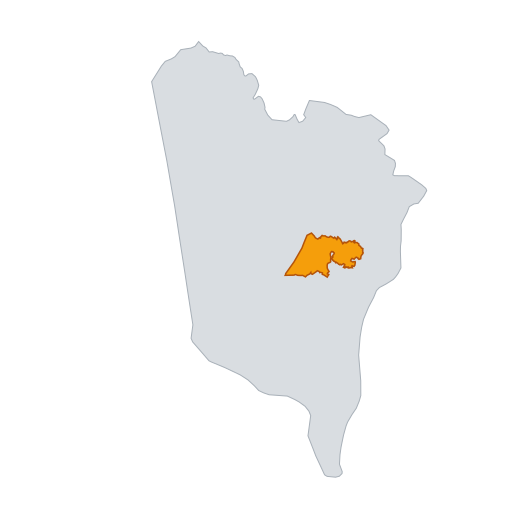 location of Ath-Thawrah, Ar Raqqah, Syria, rotated 113°
{"feature_id": "27442178B46572819209410", "entity_name": "Ath-Thawrah", "entity_type": "district", "adm_level": 2, "iso_a3": "SYR", "parent_name": "Syria", "parent_adm1": "Ar Raqqah", "projection": "natural_earth1", "projection_center": [38.3, 35.804], "detail": "fine", "context": "in_parent", "style": "filled", "palette": "amber", "viewbox_px": 512, "rotation_deg": 113, "n_neighbors": 0, "source": "geoboundaries", "source_scale": "gbopen_adm2", "svg_char_len": 6566}
<svg xmlns="http://www.w3.org/2000/svg" viewBox="0 0 512 512"><g transform="rotate(113 256 256)"><path d="M88.1,182.7L92.1,183.2L100.5,188.3L101.9,188.2L104.6,181.3L107.1,179.0L112.3,177.0L113.9,165.9L116.3,163.8L119.3,162.7L123.8,162.5L127.8,161.8L128.0,159.9L122.6,147.1L123.1,143.9L125.8,131.0L127.5,126.0L129.1,124.4L135.4,125.0L144.1,127.3L146.4,131.0L150.7,134.2L157.1,134.0L164.5,134.6L170.3,134.9L175.0,132.6L185.4,128.3L190.6,126.8L195.3,124.9L210.4,117.9L216.5,118.4L220.6,119.3L223.8,120.4L230.9,125.3L236.8,130.1L240.9,131.6L248.3,131.5L259.0,132.4L272.2,132.3L279.9,131.0L289.7,128.6L307.1,122.8L330.0,110.8L343.5,105.0L349.3,104.3L356.9,104.2L364.5,105.7L373.1,106.8L377.1,106.7L386.4,105.5L398.4,103.1L406.0,101.1L415.1,97.8L420.8,92.4L422.6,91.8L425.0,92.8L426.1,93.2L428.5,96.3L431.0,104.2L431.0,105.1L430.6,107.4L424.7,113.9L416.7,122.8L410.9,128.4L401.2,137.9L393.9,139.9L381.5,143.3L378.2,146.6L375.2,152.0L373.5,159.3L373.0,163.9L372.7,172.4L375.7,181.2L378.6,189.7L379.0,195.4L378.8,200.9L376.1,206.8L373.2,215.0L371.6,224.1L370.9,241.3L371.0,256.0L370.8,258.4L365.7,268.7L359.8,280.8L357.1,283.6L344.0,287.2L329.7,296.1L313.7,306.0L299.2,314.9L283.9,324.4L268.1,334.2L256.7,341.2L241.6,350.5L227.7,359.5L213.7,368.5L203.0,375.4L186.8,386.3L177.3,392.7L163.3,402.1L150.9,410.4L136.3,420.2L118.1,417.3L112.3,415.6L107.6,410.9L104.1,408.4L95.5,405.9L90.0,397.1L86.7,394.0L81.0,392.6L83.5,387.0L84.0,383.3L86.5,378.8L84.9,375.8L84.2,369.5L83.1,368.0L82.7,366.3L83.6,364.3L83.3,362.2L82.3,361.3L81.9,358.2L81.1,355.9L81.5,353.0L82.8,351.2L84.1,347.7L85.7,346.6L88.1,344.4L88.8,342.1L91.0,339.8L93.9,338.0L94.6,336.5L94.2,335.6L91.3,334.0L89.7,331.0L91.1,326.8L92.1,325.4L93.9,323.4L97.8,320.2L100.9,319.7L103.6,319.7L108.1,319.9L111.5,320.5L112.4,319.7L112.3,318.7L108.0,316.1L107.8,314.0L108.9,311.8L112.0,308.4L115.6,305.8L117.5,305.3L121.7,300.2L124.3,294.5L120.1,280.6L117.5,278.3L113.3,276.4L110.8,276.1L110.6,275.2L114.0,271.7L116.4,268.6L113.7,265.7L109.1,264.3L107.3,267.3L101.3,267.6L92.0,267.6L87.9,252.9L87.4,246.5L87.5,239.2L90.5,228.4L89.2,223.4L89.1,220.0L88.4,215.4L81.1,205.5L85.2,187.2L88.1,182.7Z" fill="#d9dde1" stroke="#a8b0b8" stroke-width="1"/><path d="M217.0,217.1L223.7,217.0L224.6,217.0L230.8,216.8L244.1,218.4L246.6,218.7L260.6,221.8L261.1,221.6L261.4,221.5L261.7,221.5L262.1,221.6L262.4,221.6L258.7,213.4L258.0,213.0L257.6,212.4L257.5,210.1L256.4,207.1L255.6,205.5L255.9,202.3L253.8,201.5L251.5,199.5L249.7,199.1L250.6,198.5L250.9,197.1L250.5,196.7L245.9,193.8L245.6,193.8L245.6,191.8L246.3,190.9L245.9,190.7L245.6,188.3L246.2,188.0L247.0,187.8L246.9,186.2L247.6,182.2L247.4,182.2L247.1,182.1L246.8,182.2L246.2,182.0L244.6,181.7L244.5,181.9L244.6,183.0L244.6,183.4L243.5,183.5L242.0,182.7L241.6,182.7L241.4,183.1L240.8,184.0L240.0,185.0L239.1,185.8L237.8,186.4L236.7,186.9L235.1,187.1L234.3,186.7L233.8,186.2L233.5,186.0L233.3,185.6L232.6,185.2L232.1,185.0L230.1,186.0L228.4,186.4L225.1,188.6L223.3,188.5L222.6,188.2L222.4,188.2L222.1,187.9L222.3,187.1L222.0,186.7L222.3,186.4L222.6,185.2L223.3,185.0L224.4,185.2L225.0,185.4L226.4,185.5L226.3,185.2L226.9,184.8L228.3,185.3L228.6,185.5L228.8,185.2L229.0,185.2L229.3,184.6L229.5,183.9L229.8,183.9L230.2,182.9L230.4,182.6L230.2,181.8L230.3,181.5L230.5,181.3L230.6,180.5L231.0,179.9L230.4,179.8L230.6,179.1L230.6,178.4L230.8,178.1L230.8,177.7L231.3,176.7L231.2,176.2L231.4,175.7L230.7,175.2L231.0,174.1L230.2,173.5L230.1,173.3L229.3,172.8L228.9,172.5L229.0,171.8L229.1,171.6L229.1,171.0L230.4,171.0L230.4,170.5L231.1,170.1L231.5,170.3L231.4,170.8L231.6,171.0L232.0,170.9L232.2,171.0L232.3,169.5L231.1,168.9L231.2,168.6L230.7,168.3L230.8,167.5L230.7,167.6L230.1,167.0L230.4,166.7L230.3,166.2L230.5,165.9L230.5,165.6L230.4,165.0L229.7,164.4L229.2,162.7L228.9,163.0L228.2,163.7L227.7,163.8L227.4,163.8L227.4,162.6L227.3,162.1L227.3,161.9L227.2,161.8L227.2,161.7L226.9,161.6L226.5,161.6L226.4,161.6L226.1,161.5L225.9,161.4L225.1,161.6L223.4,162.0L222.7,162.3L222.4,162.6L222.8,163.2L222.8,163.3L222.9,163.6L223.0,163.7L223.0,163.8L223.3,164.0L223.5,164.2L223.6,164.3L223.7,164.5L223.7,165.1L223.5,167.0L222.6,167.1L222.2,167.2L221.9,167.0L221.7,166.9L221.4,166.8L221.1,166.8L220.9,166.8L220.8,166.7L220.7,166.7L220.6,166.4L220.6,166.2L220.6,165.9L220.7,165.7L220.7,165.4L220.6,165.2L220.4,165.0L220.4,164.9L220.5,164.8L220.6,164.7L220.6,164.4L220.1,164.3L219.9,164.2L219.5,164.1L219.3,164.0L219.1,163.9L218.9,163.8L218.6,163.6L218.4,163.5L218.2,163.5L218.1,163.4L218.0,163.2L217.9,163.1L217.8,162.9L217.8,162.7L217.9,162.4L218.0,162.2L218.0,161.7L218.1,161.1L218.5,161.1L218.7,160.7L218.9,159.9L218.5,159.4L218.2,159.4L217.8,159.0L217.7,158.6L216.9,158.7L216.8,158.9L216.4,159.0L216.1,159.1L215.9,159.1L215.6,159.2L215.4,159.2L215.1,159.2L214.8,159.2L214.5,159.2L214.1,159.1L213.8,159.1L213.6,159.0L213.3,159.0L212.9,158.8L212.3,158.6L211.9,158.6L211.6,158.9L211.4,158.7L211.2,158.6L211.0,158.8L210.9,159.1L210.7,159.3L210.4,159.4L210.2,159.4L210.0,159.5L209.9,159.6L209.7,159.7L209.6,159.8L209.3,159.8L209.1,160.0L208.9,160.3L207.7,160.3L207.4,160.5L207.5,161.5L207.3,161.7L207.5,162.1L207.3,162.5L206.3,163.5L206.2,164.8L206.0,165.5L205.9,165.6L204.8,165.9L204.4,167.3L204.5,167.5L204.2,168.0L204.1,168.3L204.2,168.5L204.5,169.1L204.6,169.4L204.9,169.9L205.5,170.5L205.1,171.4L204.9,171.5L204.7,171.5L204.5,171.4L204.4,171.4L204.0,170.8L203.9,170.7L203.5,170.7L203.4,170.8L203.3,171.2L203.3,171.3L203.3,171.5L203.5,171.8L203.8,172.0L204.0,172.1L204.4,172.3L204.7,172.5L204.8,172.7L205.5,173.3L205.8,173.8L205.5,174.2L205.3,174.6L205.5,175.9L205.6,176.0L205.8,176.3L206.1,176.4L206.2,176.5L206.3,176.5L206.5,176.5L206.8,176.6L207.0,176.8L207.1,177.0L207.3,177.3L207.5,177.4L207.8,177.4L208.0,177.4L208.1,177.5L208.4,177.8L208.4,178.0L208.3,178.5L208.5,178.7L208.8,178.6L208.8,178.8L208.9,179.2L208.8,179.5L208.7,180.1L208.9,180.4L209.4,180.3L209.5,180.3L209.8,180.4L209.9,180.5L210.0,180.5L210.3,180.5L210.9,181.0L209.9,182.0L208.6,183.7L207.4,185.3L207.1,186.4L206.3,188.2L206.9,188.4L207.0,188.0L208.2,188.1L208.3,187.9L209.3,188.0L207.9,190.9L209.2,191.3L208.6,194.9L208.8,195.0L208.9,195.4L210.1,195.8L210.2,196.0L210.3,196.2L210.4,196.4L210.5,196.7L210.6,196.9L210.6,197.1L210.7,197.3L210.7,197.5L210.7,197.9L210.8,198.2L210.8,198.4L210.7,198.6L210.7,198.8L210.7,199.0L210.6,199.5L210.5,199.9L210.4,200.1L211.4,202.5L211.2,203.2L213.7,204.1L213.8,203.8L213.8,203.7L214.1,203.6L214.3,203.6L214.4,203.8L214.5,203.9L214.5,204.0L214.4,204.8L216.3,205.7L216.1,208.3L215.6,209.2L215.0,209.8L213.2,213.9L217.0,217.1Z" fill="#f59e0b" stroke="#b45309" stroke-width="1.5"/></g></svg>